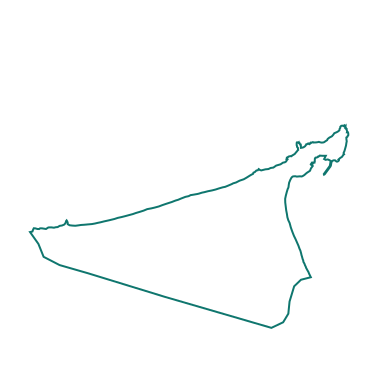 outline of Punta del Este, Maldonado, Uruguay, rotated 199°
{"feature_id": "84410073B81249884827447", "entity_name": "Punta del Este", "entity_type": "district", "adm_level": 2, "iso_a3": "URY", "parent_name": "Uruguay", "parent_adm1": "Maldonado", "projection": "albers", "projection_center": [-54.934, -34.944], "detail": "fine", "context": "isolated", "style": "outline", "palette": "teal", "viewbox_px": 384, "rotation_deg": 199, "n_neighbors": 0, "source": "geoboundaries", "source_scale": "gbopen_adm2", "svg_char_len": 4268}
<svg xmlns="http://www.w3.org/2000/svg" viewBox="0 0 384 384"><g transform="rotate(199 192 192)"><path d="M51.9,150.1L53.3,151.5L54.7,152.9L56.0,154.4L57.2,155.4L58.6,156.7L59.6,157.6L59.9,158.1L60.1,158.4L61.2,159.4L62.4,160.9L63.9,162.2L64.3,163.0L64.7,163.7L65.4,164.4L67.1,166.9L68.0,168.1L68.7,169.3L70.4,171.8L72.0,173.5L73.9,175.9L76.3,178.5L78.8,181.2L81.3,183.7L83.7,186.5L85.4,188.6L87.2,190.9L88.4,192.7L89.7,194.6L91.7,196.6L93.6,199.2L95.1,202.1L97.0,205.4L98.8,209.1L100.4,212.4L101.7,215.9L102.1,219.1L102.4,223.0L102.5,226.1L102.3,227.4L102.4,228.3L102.8,230.1L103.2,232.5L103.0,235.6L102.6,238.0L102.1,239.0L101.6,239.6L101.4,239.7L99.6,240.5L97.9,240.7L96.3,241.4L95.0,242.0L93.6,242.3L92.7,242.9L91.3,244.6L90.2,246.6L89.3,248.0L88.3,249.2L87.8,249.9L87.3,250.6L87.3,252.0L87.2,253.2L86.9,254.0L86.6,255.0L86.3,255.9L86.7,256.5L87.1,256.1L87.4,256.6L88.3,256.5L88.7,256.8L88.2,258.6L87.5,258.6L86.8,258.9L86.4,259.2L87.0,259.4L86.8,259.5L86.2,259.5L85.8,260.2L85.9,261.1L86.3,262.0L86.5,263.1L86.7,263.7L86.4,264.7L85.2,265.2L84.3,266.6L84.0,266.5L82.9,268.1L82.6,268.0L77.3,269.8L77.6,267.4L77.7,266.6L77.8,266.2L76.2,265.9L74.2,267.0L73.0,266.9L71.0,266.6L70.2,261.6L73.2,251.9L72.8,251.4L72.3,252.0L69.4,261.2L69.3,262.2L69.8,265.3L69.7,266.4L69.1,267.5L68.3,268.1L67.1,268.5L66.5,268.4L66.2,268.2L65.5,267.9L64.8,267.9L64.1,268.4L63.6,269.1L63.4,269.9L63.6,270.5L64.0,270.6L62.9,272.5L61.7,274.0L61.5,274.4L61.4,274.9L61.3,275.6L61.0,276.0L61.0,276.7L60.5,277.2L61.3,278.0L61.4,278.7L61.2,279.8L61.2,280.6L61.3,282.6L61.5,286.0L62.0,288.7L62.2,290.3L63.1,292.0L63.8,293.8L63.1,294.7L63.1,295.6L62.7,296.3L62.9,297.2L63.5,298.6L64.0,299.2L64.9,298.9L64.9,299.8L65.3,300.1L66.1,301.3L66.2,301.8L66.7,301.7L67.4,302.0L67.4,302.6L68.0,302.6L68.0,303.3L68.1,303.6L68.2,304.0L68.6,303.7L68.8,303.8L68.8,304.2L69.1,303.8L69.4,303.9L69.6,303.6L70.0,303.7L70.1,304.2L70.3,304.0L70.4,303.7L70.6,303.7L71.4,303.7L72.4,303.2L73.0,302.0L72.7,301.0L73.0,299.6L72.7,298.4L73.4,297.1L74.6,295.7L75.6,294.8L76.6,293.9L77.0,292.3L77.8,290.3L78.8,289.2L79.8,288.2L81.0,286.3L81.1,285.0L82.4,283.4L82.8,282.8L83.2,282.2L84.3,281.4L85.6,280.9L87.0,280.7L88.4,280.7L88.9,280.3L90.6,279.4L92.0,278.8L93.4,278.3L93.7,278.5L94.4,278.3L95.2,277.3L95.9,277.3L96.1,276.6L96.5,276.3L96.2,276.0L96.6,275.4L97.0,275.4L98.0,275.7L98.2,275.3L98.8,274.7L99.4,274.4L99.3,273.9L99.7,273.4L99.9,272.2L101.1,270.6L102.4,269.7L103.4,269.2L104.3,271.6L104.8,271.8L104.8,272.3L105.4,272.3L105.7,272.7L106.2,272.9L106.4,273.3L106.8,273.1L107.2,273.7L107.4,273.3L107.7,273.5L108.0,273.3L108.4,273.3L109.0,273.0L109.0,272.6L108.7,271.5L108.2,270.2L107.6,269.6L107.4,268.9L106.1,268.1L105.9,267.2L105.3,266.4L105.7,265.6L106.0,264.6L106.6,263.2L107.2,261.5L108.2,260.2L109.2,259.1L109.6,258.2L110.4,258.1L111.1,257.6L111.8,257.3L112.5,256.6L112.7,255.8L113.0,255.9L113.5,255.4L113.2,254.7L113.4,253.9L112.4,253.7L112.8,252.8L112.9,251.6L113.9,250.3L115.5,249.4L117.3,247.0L121.0,244.4L123.0,241.6L125.5,240.3L127.2,238.6L130.0,237.3L133.5,235.0L134.8,234.9L136.4,235.4L136.8,234.0L138.1,233.3L139.1,231.3L140.2,230.3L140.2,229.0L141.4,227.8L142.6,226.4L145.1,223.3L147.2,220.9L150.7,218.2L153.5,215.3L155.9,213.6L156.9,212.5L160.0,209.7L162.3,207.7L164.5,206.4L167.9,204.0L170.4,202.1L173.6,200.0L177.2,197.9L180.2,195.9L182.4,194.6L185.1,192.6L186.4,191.8L190.0,189.8L192.3,188.6L193.8,187.0L196.6,185.3L200.4,182.1L202.6,180.1L204.6,178.7L205.7,177.8L207.8,176.0L212.2,172.7L215.7,170.0L218.7,167.5L222.4,165.0L225.1,163.3L228.8,161.2L231.6,158.7L235.1,156.1L238.2,153.9L240.7,151.9L244.4,149.4L247.5,147.3L250.4,145.4L253.7,143.4L256.6,141.2L261.3,138.2L265.7,135.5L268.6,133.6L271.3,132.0L273.5,130.6L276.2,129.1L279.8,127.5L283.1,126.0L286.2,124.7L288.5,123.5L291.3,122.1L294.2,121.3L296.9,120.7L299.0,121.1L299.5,122.4L300.4,123.6L301.3,124.3L301.6,123.5L301.5,122.4L301.6,121.1L302.2,119.6L304.0,118.0L306.1,116.9L307.6,115.1L309.4,114.3L310.9,113.3L313.7,112.7L316.3,111.7L318.0,109.5L322.0,108.8L323.8,108.2L324.5,107.2L326.1,106.7L328.4,106.6L329.8,106.2L330.0,104.5L330.0,102.7L332.1,101.4L320.3,92.9L311.2,82.4L293.4,79.8L264.0,81.3L184.0,84.0L72.7,89.4L63.4,98.5L61.3,108.3L64.1,120.2L64.7,136.1L60.4,144.5L51.9,150.1Z" fill="none" stroke="#0f766e" stroke-width="2"/></g></svg>